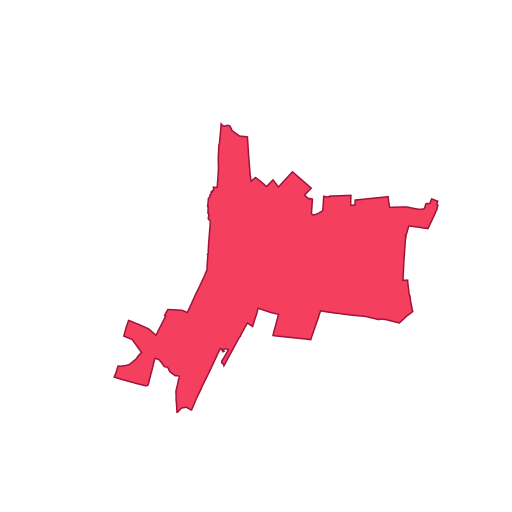 the district of Negrasi, Arges, Romania, rotated 149°
{"feature_id": "2599482B82159527317545", "entity_name": "Negrasi", "entity_type": "district", "adm_level": 2, "iso_a3": "ROU", "parent_name": "Romania", "parent_adm1": "Arges", "projection": "equal_earth", "projection_center": [25.135, 44.592], "detail": "fine", "context": "isolated", "style": "filled", "palette": "rose", "viewbox_px": 512, "rotation_deg": 149, "n_neighbors": 0, "source": "geoboundaries", "source_scale": "gbopen_adm2", "svg_char_len": 5943}
<svg xmlns="http://www.w3.org/2000/svg" viewBox="0 0 512 512"><g transform="rotate(149 256 256)"><path d="M232.4,367.6L237.0,360.8L239.4,356.8L241.5,353.1L242.8,350.9L245.4,346.9L249.1,341.7L250.2,340.1L253.9,335.0L254.1,334.8L255.0,335.5L257.2,336.9L257.8,335.5L258.8,333.9L259.8,334.5L260.7,333.3L261.4,334.0L262.7,332.1L263.5,332.3L265.7,330.2L267.1,330.0L268.2,328.3L272.0,323.3L271.5,323.0L275.2,317.4L274.6,316.6L277.8,312.4L277.2,309.8L277.2,309.3L290.1,291.2L294.9,284.1L295.2,283.1L295.6,282.8L296.4,282.6L296.7,282.6L296.9,281.4L298.4,279.3L299.8,277.3L301.1,275.4L303.4,272.1L305.3,269.1L306.7,268.4L307.1,268.0L307.9,267.5L309.5,266.2L311.0,265.1L318.6,260.0L320.0,259.0L327.1,254.5L329.0,253.2L331.3,251.5L332.1,251.0L334.3,249.6L334.3,249.3L334.5,249.3L344.1,242.9L345.7,245.5L345.9,245.5L347.0,247.2L347.3,247.5L359.0,255.5L361.6,254.2L365.0,252.1L364.3,251.0L365.4,250.4L373.6,245.2L377.4,242.9L382.6,239.5L385.4,248.6L389.8,254.9L390.9,256.6L392.4,258.6L394.3,261.0L397.3,265.2L398.4,266.4L402.1,263.3L403.5,262.2L410.6,255.4L405.4,248.6L405.1,248.0L403.8,232.1L405.9,231.9L407.6,231.2L408.2,231.1L412.0,229.4L420.7,228.2L424.6,229.4L429.1,231.4L430.1,232.2L430.8,232.7L431.9,231.9L434.5,229.5L435.6,228.6L436.5,227.8L438.4,226.4L438.6,226.3L440.0,225.2L438.6,223.7L438.4,223.5L433.7,218.3L431.0,215.5L430.4,214.8L428.3,212.7L426.6,210.9L426.3,210.7L425.9,210.2L425.6,209.8L425.3,209.4L425.0,209.1L419.8,203.9L419.7,203.8L419.4,203.6L417.3,201.4L417.2,201.4L415.7,201.0L415.2,200.9L415.1,201.0L412.8,203.0L410.4,205.6L410.2,205.7L409.1,206.6L406.7,209.2L404.2,211.5L403.8,211.9L403.7,212.0L403.2,212.5L402.2,213.5L401.4,214.3L401.1,214.6L398.6,217.2L397.2,218.5L395.4,220.4L392.6,217.3L392.4,216.6L392.3,215.7L392.3,215.1L392.0,214.0L391.9,212.2L391.7,211.6L391.6,210.9L391.5,210.3L391.7,210.0L391.8,209.7L391.5,208.9L391.5,208.7L391.5,208.3L389.7,206.8L389.6,206.7L389.5,206.2L389.0,205.0L388.9,204.6L389.0,204.2L389.2,203.6L389.4,203.2L389.4,201.0L389.4,200.8L388.7,199.2L388.0,197.6L386.9,195.0L386.7,194.8L384.9,193.7L384.0,193.0L383.8,192.7L383.7,192.3L384.2,191.6L384.8,191.0L385.6,190.4L386.9,189.2L387.8,188.1L389.0,186.7L389.6,186.1L390.0,185.7L390.6,185.1L390.9,184.8L392.1,183.7L392.5,183.2L393.2,182.5L393.4,182.2L394.3,181.3L394.3,181.1L394.8,180.5L394.8,180.4L395.3,179.6L395.3,179.4L396.3,177.6L398.5,174.0L399.2,172.7L399.6,171.4L399.9,171.1L401.5,167.9L402.4,166.2L404.1,163.0L404.2,162.7L403.7,162.6L403.1,162.6L402.5,162.8L401.9,163.0L401.2,163.2L400.1,163.5L398.9,163.9L397.9,164.0L396.8,163.5L396.1,163.3L395.5,163.0L395.0,162.8L394.2,162.7L393.6,162.1L393.2,161.4L392.7,160.7L392.1,159.5L391.8,159.0L391.2,158.0L391.0,157.6L390.5,157.2L381.2,164.0L370.7,170.9L370.6,171.2L363.5,175.7L363.0,176.0L360.9,177.4L351.8,183.3L343.4,189.0L339.6,191.6L338.5,192.3L338.2,192.6L334.1,195.0L333.5,194.4L333.5,194.2L333.6,190.9L332.4,190.7L332.3,192.6L330.7,192.6L329.1,191.3L327.9,190.0L334.5,186.1L339.6,183.5L340.3,182.4L340.4,181.9L340.0,181.2L339.8,180.1L339.8,179.2L340.0,178.5L339.5,178.8L337.8,179.7L335.9,180.9L333.9,182.1L323.0,188.5L318.8,191.0L312.1,194.9L311.3,195.0L310.8,195.1L310.0,195.8L310.0,196.0L306.0,198.3L297.9,203.0L295.6,198.1L295.3,197.3L295.1,197.4L290.1,201.9L284.8,206.4L284.3,207.0L283.3,208.0L281.1,210.1L276.5,204.7L272.4,199.9L270.5,198.1L269.0,196.6L267.8,195.4L266.7,194.4L271.3,190.0L276.5,184.9L276.7,184.7L277.8,183.7L278.7,182.9L281.0,180.6L282.4,179.1L281.5,178.3L277.0,174.9L271.2,170.5L267.2,167.5L256.5,159.5L252.2,156.1L251.7,156.5L250.8,157.3L250.0,157.9L249.2,158.7L248.0,159.7L245.9,161.4L244.2,162.9L243.3,163.5L242.6,164.2L240.9,165.6L239.9,166.4L233.7,171.5L232.5,172.7L232.0,173.1L230.8,174.2L228.8,175.7L224.8,172.2L216.4,165.4L213.4,163.2L211.5,161.5L209.5,160.0L205.6,156.9L202.7,154.7L195.4,149.4L193.2,147.7L192.1,146.7L188.1,142.7L185.8,140.5L183.5,138.2L183.1,138.4L182.1,137.9L180.9,137.2L177.5,134.7L167.7,124.8L157.0,127.0L153.9,127.2L150.2,127.7L149.9,129.0L148.6,132.5L146.2,139.1L145.7,139.8L144.6,142.5L144.4,144.6L142.9,147.5L141.3,151.3L139.2,155.8L138.4,157.2L142.6,159.5L140.3,162.8L139.5,164.0L136.5,168.5L134.8,171.0L132.0,175.3L130.0,178.0L125.1,185.1L122.6,188.6L121.8,189.8L120.7,191.4L119.6,192.9L117.2,195.6L117.2,195.9L117.6,196.5L116.8,196.7L116.1,196.9L113.7,199.2L110.6,202.1L109.6,203.0L104.6,199.2L101.4,196.6L99.4,194.9L98.3,193.9L94.5,190.9L94.3,191.1L94.1,191.2L92.5,192.2L91.1,193.2L88.8,194.7L84.2,197.8L83.2,198.4L79.8,200.8L78.8,201.6L78.2,202.0L77.9,202.1L77.1,202.7L76.2,203.6L73.9,205.9L73.9,206.4L74.4,207.1L73.8,208.0L72.0,209.3L76.0,214.5L79.7,211.7L80.1,211.6L80.5,211.7L82.0,212.7L82.9,213.2L83.6,213.2L86.3,210.7L87.4,210.0L88.0,210.0L88.8,210.3L90.1,210.9L91.7,211.7L93.2,212.9L95.1,214.5L100.2,219.2L101.5,220.3L102.5,221.0L105.1,222.5L109.3,224.9L116.4,228.8L115.2,232.0L114.0,234.9L112.2,238.8L142.2,252.9L144.8,248.8L147.9,250.2L148.7,250.8L143.4,259.1L162.0,269.4L162.3,268.9L164.9,270.1L165.2,270.4L166.1,271.5L167.2,272.3L174.1,262.3L175.7,260.4L181.2,260.5L184.7,261.2L186.1,262.2L186.5,262.5L186.6,263.5L186.3,264.3L178.4,275.6L178.9,275.9L179.0,276.1L178.8,276.2L178.9,276.3L179.8,277.0L180.2,277.7L180.5,277.8L180.6,277.6L180.9,277.5L181.3,277.7L183.1,283.2L173.7,285.7L181.4,309.4L194.7,305.5L198.6,304.4L201.3,303.7L202.2,312.5L211.2,310.1L213.6,317.6L216.0,323.5L217.1,323.4L221.7,322.5L220.8,324.8L220.7,324.9L219.9,326.8L219.6,327.8L216.5,334.0L210.2,346.6L202.0,362.5L203.2,363.6L204.6,364.4L205.3,364.9L205.6,365.5L206.1,365.8L207.1,366.4L208.1,367.0L208.9,368.5L209.8,370.8L210.1,371.3L210.3,371.8L210.4,372.4L210.7,372.8L210.9,373.4L211.3,374.3L211.4,374.9L212.1,376.0L212.1,376.3L211.6,377.2L211.6,378.7L211.4,380.0L211.4,380.5L211.6,381.2L212.0,381.8L213.0,382.5L213.5,382.9L214.2,383.0L216.0,383.5L216.5,383.7L217.0,384.3L217.5,385.2L217.7,386.7L217.8,387.2L221.6,381.9L226.7,375.0L229.4,371.2L230.3,370.6L231.7,368.8L232.4,367.6Z" fill="#f43f5e" stroke="#9f1239" stroke-width="1.5"/></g></svg>